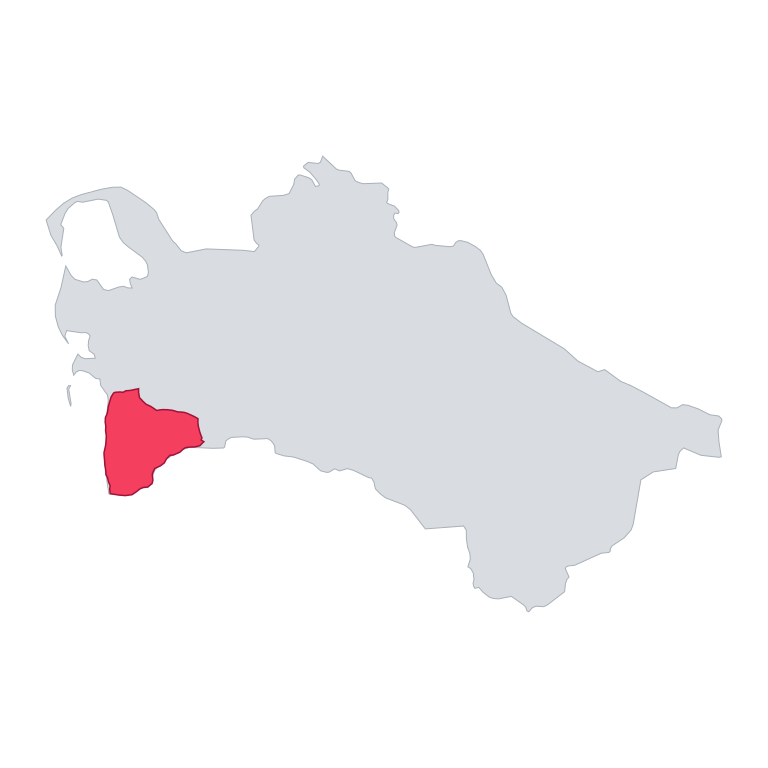 Etrek, Balkan, Turkmenistan shown in context
{"feature_id": "10190150B33098588070062", "entity_name": "Etrek", "entity_type": "district", "adm_level": 2, "iso_a3": "TKM", "parent_name": "Turkmenistan", "parent_adm1": "Balkan", "projection": "orthographic", "projection_center": [54.674, 38.185], "detail": "fine", "context": "in_parent", "style": "filled", "palette": "rose", "viewbox_px": 768, "rotation_deg": 0, "n_neighbors": 0, "source": "geoboundaries", "source_scale": "gbopen_adm2", "svg_char_len": 4945}
<svg xmlns="http://www.w3.org/2000/svg" viewBox="0 0 768 768"><path d="M206.3,248.9L243.1,250.3L254.4,251.6L258.9,246.1L258.7,244.8L256.9,243.7L254.1,240.1L251.0,215.2L254.0,211.6L257.6,208.9L262.7,200.9L265.4,198.4L269.5,196.3L283.3,195.4L289.1,193.6L293.7,184.6L294.6,179.3L298.2,175.0L300.3,175.0L309.8,178.2L311.9,180.0L315.4,186.4L318.8,185.8L319.3,184.7L318.9,183.3L316.0,179.3L309.8,172.2L303.9,167.8L303.4,166.2L308.1,162.4L318.0,163.5L320.4,162.3L322.7,156.2L336.3,169.0L338.8,170.1L349.3,171.4L351.1,173.2L355.1,180.7L358.7,182.5L363.2,183.7L381.6,183.0L387.7,187.8L388.7,189.0L387.8,192.7L387.9,199.6L386.6,202.5L387.7,203.6L394.4,206.1L398.6,210.4L399.1,212.3L398.1,213.6L394.9,213.1L393.6,215.3L393.8,218.9L396.2,222.2L397.1,225.2L394.3,232.6L394.5,235.6L395.6,237.3L413.1,247.2L415.8,247.3L431.9,244.3L435.1,245.3L449.5,246.7L453.4,246.1L455.8,242.4L458.3,240.8L460.7,240.6L467.7,242.3L475.2,246.4L480.3,250.3L483.0,254.0L491.3,274.8L496.3,283.1L501.8,287.2L506.1,295.2L510.8,313.1L513.0,316.6L521.5,323.1L564.4,348.9L577.8,361.0L597.9,371.8L604.7,369.6L620.9,381.5L630.8,385.6L643.8,392.4L671.4,407.8L677.0,407.9L682.7,404.6L688.3,405.4L698.5,409.0L709.6,414.7L718.7,416.0L721.6,418.8L721.9,420.5L718.1,430.1L718.9,441.5L721.3,456.8L719.0,457.3L701.0,455.3L683.5,447.9L679.9,451.4L678.3,454.8L675.7,468.5L653.3,471.9L640.9,479.8L633.2,524.3L631.1,529.9L624.3,537.7L612.0,545.9L610.3,548.9L610.1,551.6L608.5,552.5L601.3,553.2L574.6,565.3L568.5,565.9L566.2,566.9L565.3,568.6L569.0,577.0L566.7,579.7L565.4,584.1L564.6,591.7L547.3,605.0L543.6,606.7L536.1,606.2L532.4,607.7L528.8,611.8L526.9,610.8L525.7,607.1L523.5,604.9L511.4,596.4L498.4,598.9L493.4,598.5L489.4,597.2L483.0,592.2L478.8,587.4L474.8,588.3L473.5,585.9L473.1,583.1L474.0,579.6L473.3,573.1L470.7,568.6L467.9,566.8L470.3,559.1L469.9,553.5L467.7,547.5L466.4,538.8L466.3,530.2L463.5,526.0L425.3,528.9L410.5,509.7L404.7,505.2L385.4,497.8L379.9,493.5L375.4,488.8L373.9,482.0L371.6,478.1L368.6,477.6L353.5,470.4L347.5,468.6L339.6,470.9L334.6,468.8L329.2,472.1L326.8,472.4L320.6,470.8L313.0,463.9L306.6,461.2L293.4,457.0L284.1,455.9L276.0,453.4L275.1,452.4L274.7,446.3L273.5,443.8L271.1,440.8L267.8,438.6L253.9,439.2L247.5,437.1L242.5,436.8L231.4,437.4L227.9,439.2L225.8,441.1L224.6,447.1L223.4,448.0L212.7,448.3L189.8,447.3L180.3,450.3L165.6,459.6L157.1,467.3L154.6,470.7L149.5,484.2L147.3,486.2L144.4,487.8L141.4,488.0L127.8,493.3L122.5,494.6L108.9,493.8L105.8,473.7L104.8,457.8L106.5,435.9L105.9,421.7L108.3,400.3L107.5,395.0L100.7,385.5L99.9,379.0L95.7,378.5L89.0,372.9L82.4,370.7L79.1,370.5L76.1,372.1L73.8,375.2L72.3,370.2L72.5,364.9L77.9,354.1L81.1,357.3L85.1,358.7L95.3,358.2L94.3,354.4L89.2,350.6L88.2,345.7L88.6,340.6L90.1,335.8L88.5,333.9L86.2,332.6L80.7,332.7L66.6,330.6L64.8,336.3L68.6,343.8L62.3,335.2L58.1,326.4L55.4,316.1L55.2,305.1L61.0,287.6L65.8,266.0L71.0,275.3L74.9,279.3L83.6,282.0L87.8,281.5L92.4,279.2L96.8,280.0L103.6,289.5L108.5,290.6L118.8,287.0L123.6,286.3L127.8,287.9L132.2,288.0L130.3,283.5L129.6,279.3L132.1,277.0L140.2,279.4L146.6,276.9L147.7,275.8L148.4,272.1L147.4,264.8L145.9,261.6L142.3,257.2L128.1,246.7L123.3,242.6L119.4,237.1L113.1,215.7L108.3,202.0L106.4,200.3L98.2,199.1L82.7,202.2L77.2,201.4L74.6,202.8L68.1,208.5L65.1,213.3L60.7,224.6L63.8,228.3L60.9,247.3L62.2,255.4L61.7,256.0L57.1,245.8L51.0,235.5L46.1,220.0L55.6,210.2L63.7,203.2L72.3,198.0L81.2,194.6L101.1,189.3L112.1,187.3L120.9,187.1L127.8,190.5L146.2,202.9L154.3,209.8L156.6,212.7L158.8,219.4L172.6,240.9L175.9,243.9L181.2,250.8L186.3,252.8L206.3,248.9ZM71.1,403.6L70.6,406.4L68.1,397.7L67.0,388.1L68.7,385.5L70.6,385.7L68.7,389.1L71.1,403.6Z" fill="#d9dde1" stroke="#a8b0b8" stroke-width="1"/><path d="M111.1,397.0L109.5,402.3L108.4,406.4L107.3,413.3L105.4,417.6L105.2,422.2L105.8,426.2L105.6,430.6L106.3,435.8L106.1,440.5L105.8,444.3L105.0,448.3L104.0,452.6L104.1,455.3L104.6,460.8L104.8,464.7L105.6,469.7L106.0,474.7L107.5,477.6L108.6,482.3L110.1,485.6L109.7,489.0L110.2,493.7L119.2,495.1L125.3,495.6L132.0,494.7L135.9,492.1L140.1,488.8L143.4,487.4L147.8,487.1L150.1,485.1L152.0,483.7L152.9,480.4L152.6,477.2L152.3,474.4L152.7,472.9L154.7,468.5L160.5,465.8L164.3,462.9L166.5,458.8L170.1,455.2L173.2,455.1L180.0,452.1L183.3,449.0L185.4,447.7L189.4,447.1L194.7,446.9L199.6,445.8L199.9,445.7L202.6,442.9L203.8,441.8L203.9,441.7L201.1,440.0L202.0,437.8L201.2,436.0L200.1,432.9L199.7,431.7L198.4,426.5L197.9,422.8L198.0,418.7L194.6,416.7L187.1,413.3L184.2,412.4L181.4,412.1L177.3,411.8L175.0,411.0L172.3,410.3L167.2,409.7L162.4,409.6L159.2,410.0L156.8,410.5L151.1,406.6L148.2,405.2L146.3,404.4L142.8,401.2L141.7,399.9L139.5,397.7L138.8,393.5L138.6,392.7L138.6,390.8L138.4,389.1L138.6,389.1L138.6,388.7L137.8,388.9L135.0,389.4L133.2,389.8L131.8,390.1L129.7,390.5L127.9,390.6L125.8,390.8L125.6,390.9L124.5,391.5L123.0,392.3L120.4,392.0L119.8,392.0L116.6,392.2L115.1,392.3L114.5,392.6L113.6,393.0L113.0,393.9L111.1,397.0Z" fill="#f43f5e" stroke="#9f1239" stroke-width="1.5"/></svg>